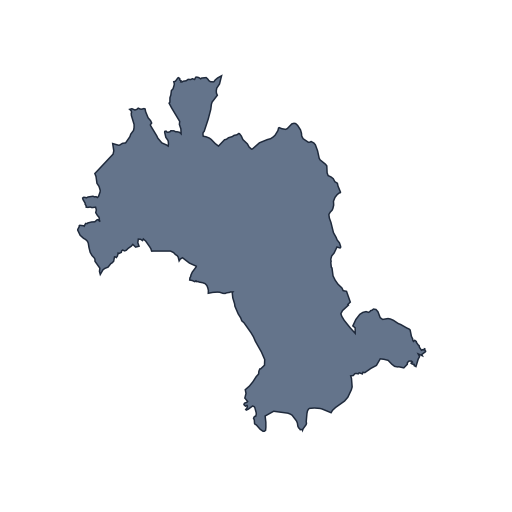 Xochiatipan, Hidalgo, Mexico, rotated 133°
{"feature_id": "50627088B51717309851440", "entity_name": "Xochiatipan", "entity_type": "district", "adm_level": 2, "iso_a3": "MEX", "parent_name": "Mexico", "parent_adm1": "Hidalgo", "projection": "natural_earth1", "projection_center": [-98.279, 20.863], "detail": "fine", "context": "isolated", "style": "filled", "palette": "slate", "viewbox_px": 512, "rotation_deg": 133, "n_neighbors": 0, "source": "geoboundaries", "source_scale": "gbopen_adm2", "svg_char_len": 6101}
<svg xmlns="http://www.w3.org/2000/svg" viewBox="0 0 512 512"><g transform="rotate(133 256 256)"><path d="M205.0,92.8L205.0,94.2L205.8,96.6L207.4,103.4L208.4,106.0L209.3,111.6L210.4,114.7L211.7,116.8L216.0,120.1L216.4,123.1L213.6,128.8L213.3,131.8L214.7,133.9L216.7,134.2L217.8,134.9L219.1,134.8L220.5,135.3L221.6,137.6L224.4,139.4L227.9,140.3L234.3,139.7L241.1,137.5L240.9,134.5L244.9,130.7L244.3,138.1L242.9,147.7L241.6,152.2L240.3,154.6L236.9,155.5L228.9,154.9L228.8,155.8L225.4,155.6L220.1,165.7L221.9,168.6L220.8,171.3L220.7,176.9L219.7,181.6L218.0,186.1L212.9,192.3L212.9,193.2L209.9,196.7L208.7,197.4L207.4,199.1L204.3,200.7L200.6,200.9L194.2,202.9L192.8,200.0L192.0,200.0L191.3,200.6L189.5,203.9L188.9,207.7L187.8,210.0L186.1,215.3L180.4,224.0L178.3,228.1L176.0,231.0L173.5,231.6L170.5,231.6L168.8,232.2L165.8,233.9L163.1,236.7L159.3,238.2L155.7,238.5L153.0,238.1L152.5,237.6L151.7,237.7L148.9,243.8L147.3,246.1L147.9,249.0L146.8,252.2L147.0,254.9L148.0,258.1L146.7,260.7L141.8,265.7L141.5,267.8L142.0,274.6L141.4,276.5L137.1,282.7L134.2,288.4L133.9,290.7L134.7,293.8L136.0,294.2L137.1,295.2L138.1,301.5L137.1,304.4L135.2,306.5L133.4,309.5L132.1,314.6L132.1,317.3L133.0,318.7L134.9,319.9L141.5,320.0L143.2,320.7L145.3,324.0L146.3,326.6L147.0,326.8L149.3,325.5L154.7,324.4L157.2,324.6L160.2,325.3L163.1,327.1L170.9,330.7L180.1,331.6L180.9,332.1L181.0,335.4L179.9,338.7L179.8,345.0L178.3,348.5L177.8,351.5L178.2,352.2L180.4,352.6L182.7,354.3L184.9,354.8L188.3,356.8L190.8,357.2L192.4,358.3L201.2,358.4L201.6,362.6L201.3,368.2L201.6,370.6L202.9,373.9L204.4,376.3L202.9,378.1L201.6,378.9L200.2,378.9L188.3,384.4L179.6,389.1L175.3,392.2L173.3,393.1L164.8,393.9L163.9,396.0L162.3,397.7L160.0,399.2L155.1,400.0L147.7,404.1L151.9,405.5L155.2,405.9L157.1,405.6L157.7,405.9L159.6,408.2L159.9,410.1L159.5,411.9L159.5,414.1L162.9,417.1L164.1,417.3L164.6,419.7L165.6,421.4L166.4,422.0L168.8,421.3L169.7,423.4L171.5,424.1L173.1,426.1L175.5,426.6L177.9,428.5L179.2,428.8L180.0,429.8L178.9,430.4L179.3,431.9L178.3,432.7L178.4,434.3L179.1,434.6L183.2,434.1L184.6,435.0L185.9,433.0L187.3,432.2L190.3,430.7L192.7,430.7L196.3,428.1L198.9,426.9L202.2,423.9L203.5,423.8L205.2,418.9L209.6,403.6L212.0,401.8L214.3,397.6L217.7,394.1L217.7,396.2L218.7,398.1L220.0,399.6L220.5,401.5L222.5,403.7L223.7,403.6L225.5,404.7L226.1,405.5L226.0,407.0L227.1,407.7L227.8,407.2L230.7,402.9L231.5,399.3L232.0,398.4L233.7,396.5L235.5,395.2L235.8,397.1L237.5,402.0L236.8,408.1L235.8,410.6L232.5,422.2L231.8,422.9L230.1,422.9L229.8,423.2L228.9,425.5L228.5,429.2L225.7,435.2L224.1,437.4L224.6,438.5L226.7,439.8L227.5,440.9L228.2,443.0L229.9,443.1L231.8,444.1L232.9,447.2L234.9,448.4L234.9,446.2L235.9,444.9L236.8,444.5L238.2,443.0L243.0,434.8L245.3,432.7L247.7,431.2L252.3,430.7L254.7,429.6L262.2,428.5L264.7,430.5L268.0,431.4L268.7,432.0L271.5,437.5L276.1,431.7L279.0,430.0L305.6,430.1L307.0,427.2L311.3,421.9L312.2,418.2L314.3,414.6L315.5,413.7L319.9,411.8L321.4,411.9L321.7,413.5L322.8,414.3L323.5,416.0L327.4,419.1L329.1,419.7L329.9,421.3L330.8,422.2L331.9,422.3L332.7,421.0L333.9,417.0L334.7,416.2L335.1,414.5L336.1,413.5L335.1,412.1L333.2,410.6L332.5,409.0L329.7,406.6L331.2,404.2L333.6,402.8L334.6,399.3L334.6,397.8L335.2,396.4L336.3,395.4L337.3,393.5L337.2,396.4L337.8,396.9L340.9,397.2L343.2,399.4L346.6,401.6L347.5,401.6L348.4,402.8L351.4,402.0L351.4,402.6L353.7,405.8L354.5,405.9L355.1,405.3L358.1,404.5L358.7,404.0L360.8,398.7L360.7,394.2L360.2,392.2L360.1,390.1L360.5,388.5L361.1,387.3L363.6,384.1L366.4,379.8L367.5,376.2L367.7,373.0L368.2,371.6L369.7,370.1L371.4,361.9L374.0,360.0L375.7,357.3L370.5,358.5L368.2,358.1L365.0,356.6L360.6,357.0L359.5,356.6L357.0,356.5L353.1,358.9L352.5,358.1L352.4,357.1L350.6,357.3L347.9,358.8L347.8,358.0L345.2,357.0L343.8,357.8L342.6,357.6L341.9,355.6L340.3,354.8L337.6,354.7L333.8,353.9L331.5,354.0L331.6,350.1L328.6,348.2L326.9,351.5L323.9,353.6L322.5,351.8L322.1,349.5L320.4,350.0L320.3,347.0L321.8,339.9L322.4,337.8L323.6,335.7L310.7,321.9L309.7,318.6L309.9,316.0L309.5,313.8L309.9,312.1L312.0,308.9L309.9,309.3L307.4,308.6L306.6,299.9L304.2,292.7L305.0,292.3L311.3,291.6L314.3,290.6L315.5,289.8L317.1,289.4L318.8,288.1L317.4,285.9L316.5,283.2L315.1,283.0L315.2,281.8L314.1,280.9L313.9,279.9L311.8,276.6L310.9,274.3L311.1,271.8L312.2,269.5L313.6,267.4L315.8,265.5L312.1,262.8L308.7,259.6L307.3,257.9L305.8,254.6L304.4,253.0L303.0,252.4L300.5,250.4L299.7,250.2L298.1,248.4L299.0,248.4L302.4,244.5L305.6,239.0L307.1,237.2L310.5,229.5L311.7,225.0L313.1,222.2L313.0,219.3L315.5,207.4L316.9,202.6L318.8,198.3L322.5,186.6L325.8,179.0L330.1,175.3L335.3,175.6L336.0,176.2L338.3,175.3L340.6,173.6L344.0,173.6L349.9,172.5L355.6,172.1L361.1,172.7L363.3,169.6L367.5,167.3L368.1,162.9L369.2,162.9L371.4,164.0L372.7,163.7L373.0,163.0L373.0,161.3L371.4,160.7L371.6,160.1L372.4,159.3L373.9,158.8L375.2,158.9L375.3,158.0L373.4,157.2L368.0,156.2L367.4,154.5L367.8,153.3L370.4,149.1L371.5,147.9L373.5,146.9L373.8,147.4L374.9,147.6L376.4,147.1L377.0,145.5L379.5,142.8L379.7,141.9L379.3,140.6L379.9,134.8L379.4,131.3L378.5,130.4L377.0,130.1L374.5,132.0L370.9,135.4L366.8,140.2L357.5,137.2L349.2,125.5L348.2,123.0L347.8,121.0L349.0,114.0L349.9,111.9L352.0,109.2L352.6,107.6L352.6,106.1L352.9,105.2L351.3,103.8L351.7,103.1L350.3,103.7L345.3,104.3L344.0,104.9L342.9,106.3L336.5,111.3L334.2,112.7L332.1,113.2L330.9,112.9L327.3,109.6L323.9,105.3L322.9,103.5L319.4,94.2L316.7,94.8L312.4,94.5L301.7,92.3L296.7,92.5L288.9,95.0L286.2,96.4L280.4,102.7L279.1,105.0L277.0,103.3L274.9,103.5L273.7,102.8L272.4,100.8L271.0,100.9L269.7,97.8L268.1,98.5L267.1,96.9L259.7,95.3L253.9,93.3L246.5,95.0L244.3,92.0L242.2,88.2L242.5,82.9L242.2,79.4L240.5,76.7L239.6,76.0L237.0,71.6L232.0,71.5L230.7,72.6L228.4,72.4L226.8,70.5L226.9,69.2L228.6,69.5L228.5,68.1L227.4,66.4L228.3,65.6L227.8,63.6L220.9,67.0L218.0,67.8L217.0,70.6L215.5,66.3L215.0,67.6L210.6,66.8L209.9,67.0L209.7,68.4L208.8,69.1L209.0,69.6L209.5,69.3L210.8,69.7L211.0,70.4L212.1,70.7L211.3,74.2L210.3,75.6L210.4,76.9L209.7,80.0L209.2,80.4L209.4,82.4L211.1,82.6L210.5,84.3L209.9,84.6L208.8,87.5L205.0,92.8Z" fill="#64748b" stroke="#1e293b" stroke-width="1.5"/></g></svg>